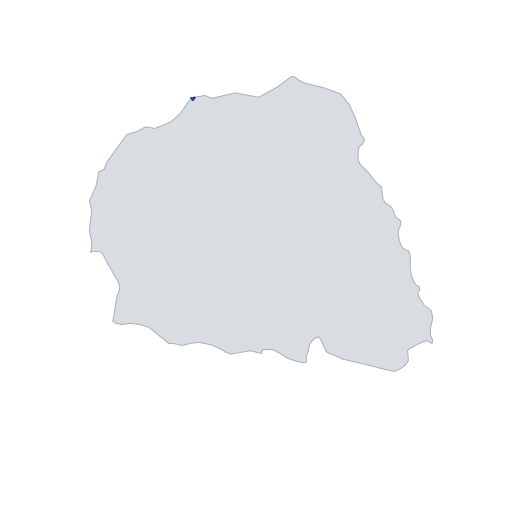 location of Municipality B, Montevideo, Uruguay, rotated 150°
{"feature_id": "84410073B6453147989031", "entity_name": "Municipality B", "entity_type": "district", "adm_level": 2, "iso_a3": "URY", "parent_name": "Uruguay", "parent_adm1": "Montevideo", "projection": "robinson", "projection_center": [-56.188, -34.909], "detail": "fine", "context": "in_parent", "style": "filled", "palette": "blue", "viewbox_px": 512, "rotation_deg": 150, "n_neighbors": 0, "source": "geoboundaries", "source_scale": "gbopen_adm2", "svg_char_len": 2728}
<svg xmlns="http://www.w3.org/2000/svg" viewBox="0 0 512 512"><g transform="rotate(150 256 256)"><path d="M397.4,342.1L394.5,344.7L391.4,349.6L387.6,361.4L375.3,377.8L372.7,387.0L359.5,396.6L350.1,407.4L344.1,407.1L338.6,411.7L307.1,425.8L295.8,423.1L287.4,423.2L279.7,417.0L262.0,414.7L250.8,417.2L235.9,424.0L231.4,423.9L228.2,423.6L220.1,420.7L215.7,414.7L192.7,407.8L174.2,392.0L152.3,391.7L135.6,393.8L133.0,391.7L131.3,387.6L127.8,381.8L113.3,367.9L101.8,354.1L99.5,340.5L101.0,325.7L104.3,308.2L103.6,302.8L107.8,299.6L112.0,299.0L116.0,294.5L119.5,287.7L120.1,282.5L117.2,272.9L115.2,259.5L112.9,252.8L117.4,242.3L117.6,237.2L114.9,232.7L114.2,228.0L115.4,223.3L115.1,218.7L113.4,214.3L114.6,210.7L118.9,207.9L122.0,203.5L124.1,197.5L125.1,193.0L125.1,189.9L123.8,187.0L121.2,184.2L122.4,178.7L127.4,170.4L130.6,163.1L132.1,156.7L131.9,151.6L130.2,147.7L130.9,145.0L134.0,143.6L135.4,139.5L134.9,129.2L131.6,120.7L134.0,113.9L141.1,106.1L144.7,99.9L145.0,95.1L147.2,92.3L150.6,97.5L160.6,98.8L170.7,99.0L172.3,97.7L176.3,89.3L181.5,86.8L187.2,86.2L193.4,86.7L200.0,92.3L218.8,110.6L232.5,123.3L236.7,129.3L240.3,133.8L243.0,138.0L241.9,148.8L242.0,153.6L242.7,155.0L245.8,155.1L250.5,154.3L254.4,152.0L257.4,148.5L260.4,145.6L262.8,144.1L263.7,141.8L265.1,139.4L266.6,138.9L269.3,140.7L275.7,146.9L280.6,152.6L281.8,155.9L283.7,159.4L285.7,162.3L287.2,165.3L292.0,169.0L296.9,171.5L300.1,169.0L308.4,176.9L326.7,183.5L330.0,187.5L333.1,193.2L339.5,201.8L348.3,209.5L355.4,212.8L362.2,214.6L366.0,216.3L368.6,219.3L372.7,222.5L375.3,223.7L376.2,226.5L378.8,232.8L381.6,240.7L384.6,248.0L391.2,255.0L398.6,260.5L406.3,263.6L410.7,267.5L412.5,271.4L407.2,277.4L401.5,284.8L396.4,290.7L391.2,294.8L389.5,297.6L388.3,302.0L388.2,325.1L387.7,333.7L388.0,336.0L388.8,337.5L392.0,339.8L395.9,341.8L397.4,342.1Z" fill="#d9dde1" stroke="#a8b0b8" stroke-width="1"/><path d="M231.2,422.9L231.2,423.0L231.3,423.2L231.2,423.3L231.2,423.2L231.2,423.3L231.1,423.5L231.1,423.4L230.9,423.5L230.7,423.4L230.7,423.6L230.4,423.7L230.2,423.6L230.3,423.7L230.3,423.8L230.2,423.8L230.2,423.7L229.9,423.8L229.7,423.9L229.8,424.0L229.9,423.9L230.1,424.0L230.1,424.3L229.8,424.4L229.7,424.4L229.8,424.4L230.1,424.3L230.2,424.2L230.3,424.2L230.3,424.3L230.3,424.2L230.3,424.3L230.5,424.3L230.7,424.2L230.8,424.2L231.0,424.2L231.1,424.3L231.3,424.4L231.5,424.4L231.7,424.5L231.8,424.5L232.0,424.6L232.3,424.5L232.5,424.5L232.8,424.5L232.8,424.8L232.7,424.8L232.8,424.9L232.8,425.0L232.7,425.1L232.8,425.2L232.8,425.3L232.8,425.2L232.9,425.3L233.0,425.3L233.2,425.5L233.3,425.5L233.2,424.1L233.1,422.6L232.1,422.7L232.1,422.8L231.9,422.9L231.8,422.7L231.7,422.8L231.4,422.8L231.2,422.9Z" fill="#3b82f6" stroke="#1e3a8a" stroke-width="1.5"/></g></svg>